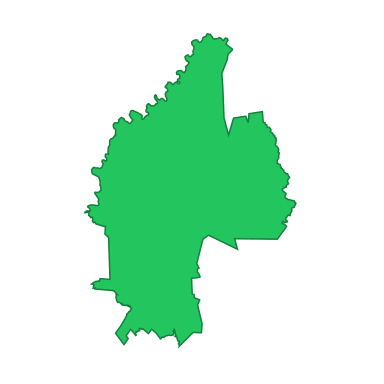 the district of Concordia, Sinaloa, Mexico, rotated 6°
{"feature_id": "50627088B76854514222016", "entity_name": "Concordia", "entity_type": "district", "adm_level": 2, "iso_a3": "MEX", "parent_name": "Mexico", "parent_adm1": "Sinaloa", "projection": "natural_earth1", "projection_center": [-106.025, 23.421], "detail": "fine", "context": "isolated", "style": "filled", "palette": "green", "viewbox_px": 384, "rotation_deg": 6, "n_neighbors": 0, "source": "geoboundaries", "source_scale": "gbopen_adm2", "svg_char_len": 6021}
<svg xmlns="http://www.w3.org/2000/svg" viewBox="0 0 384 384"><g transform="rotate(6 192 192)"><path d="M260.6,119.8L259.6,118.7L259.3,117.4L258.5,117.4L257.5,116.4L257.2,116.0L257.3,115.4L256.0,115.3L255.5,114.9L253.6,104.7L240.5,108.2L240.7,117.2L237.4,111.0L225.6,114.2L222.4,131.5L216.1,115.1L211.6,84.0L209.3,71.0L213.2,56.6L213.4,51.5L217.2,46.6L217.2,45.6L210.7,41.7L210.7,39.7L211.9,37.1L210.6,35.5L209.3,35.4L208.9,36.1L208.2,36.4L208.0,37.5L207.4,38.0L206.8,38.0L205.0,36.3L203.0,35.5L202.2,36.4L201.2,36.8L197.7,37.4L196.9,37.2L196.0,35.7L193.6,33.3L192.5,33.5L191.4,33.1L190.6,33.2L190.1,33.7L189.6,36.0L188.0,36.4L186.8,37.4L186.5,39.5L185.2,41.8L184.1,42.4L182.6,41.9L181.7,40.6L181.0,40.2L179.2,40.5L177.3,41.5L176.0,42.9L176.6,45.4L178.8,47.4L179.0,49.0L178.2,52.2L179.1,55.0L177.7,55.8L176.8,57.3L176.0,57.8L174.8,57.5L174.3,56.3L173.4,56.2L171.6,57.3L170.9,58.2L171.4,60.1L172.6,61.8L173.7,62.7L174.9,62.7L175.5,63.3L175.2,63.8L175.1,65.0L174.7,65.6L172.5,68.0L173.2,69.8L173.0,72.0L171.8,74.1L169.9,73.5L168.6,72.3L167.7,72.4L164.9,73.3L164.1,74.8L164.6,76.6L166.6,76.3L167.6,77.3L167.9,80.1L166.2,81.2L165.8,82.3L166.5,83.6L168.1,83.7L168.4,84.3L168.2,85.0L167.8,85.5L166.9,85.7L164.9,84.1L164.3,84.8L163.6,85.0L161.9,87.3L159.1,85.2L156.8,85.3L156.2,87.3L154.4,89.7L154.5,90.7L156.2,91.4L157.3,93.3L157.2,94.7L155.9,95.1L155.1,97.3L156.1,100.0L157.7,102.5L157.0,104.2L155.5,104.5L154.3,103.1L152.7,102.1L151.6,102.2L150.6,103.7L149.9,103.7L147.6,102.7L146.4,99.8L145.5,99.2L144.9,100.1L144.7,101.4L145.6,103.3L147.7,105.3L148.3,106.3L148.3,107.7L147.8,108.1L146.9,108.0L146.3,109.2L145.0,110.4L142.4,110.5L139.7,108.7L139.3,108.8L139.2,109.4L138.3,109.7L137.8,111.9L138.5,113.3L137.8,115.1L137.7,116.4L138.2,117.2L140.4,117.7L140.8,119.7L138.7,120.8L137.1,122.5L136.2,124.5L135.1,124.8L134.4,124.4L134.5,121.5L133.8,120.7L130.0,118.9L124.7,117.2L123.8,117.2L122.5,118.1L122.3,120.1L121.5,121.8L123.9,125.0L125.7,126.5L123.3,130.3L122.2,130.4L120.8,129.1L117.9,128.4L116.5,126.1L114.0,125.2L111.5,127.8L111.8,129.6L111.5,130.5L110.2,131.2L108.3,131.2L107.4,131.7L106.7,133.3L106.8,134.4L107.4,136.4L109.2,137.6L109.7,138.5L109.8,141.7L110.2,143.8L110.0,144.1L109.3,143.8L107.6,146.9L105.9,147.5L104.7,149.4L105.2,153.6L104.9,154.8L104.2,155.7L104.3,156.8L104.0,157.7L104.3,158.7L104.2,160.9L105.1,163.0L104.8,163.3L102.4,163.2L101.9,164.0L102.1,166.2L103.6,167.4L103.8,169.5L102.7,170.3L101.2,169.4L100.0,169.4L99.5,169.8L99.3,171.5L100.9,173.3L100.1,175.3L99.9,177.0L97.6,178.3L95.5,177.9L93.7,178.3L92.4,177.7L91.9,177.8L91.1,178.3L89.8,180.5L90.7,183.7L91.1,184.3L97.4,186.7L98.4,188.2L99.6,191.6L99.7,194.9L100.6,196.1L100.9,196.9L100.8,197.7L101.4,199.5L99.5,201.8L97.3,202.4L95.7,202.3L95.4,203.1L96.0,204.3L96.9,204.9L97.2,205.6L99.9,208.6L99.7,211.5L100.6,213.6L100.6,214.7L100.3,215.2L97.7,215.5L96.7,215.2L92.7,215.4L90.5,216.5L89.8,217.2L89.8,217.7L91.7,219.0L92.8,220.4L92.8,221.3L89.1,221.9L87.8,223.1L87.5,223.8L91.6,223.0L91.7,226.1L93.7,227.4L93.9,228.1L95.6,227.5L96.3,229.6L95.8,230.4L96.3,231.2L96.2,231.9L96.8,232.1L97.3,232.8L98.6,232.1L99.7,233.7L100.4,234.0L102.6,234.1L104.0,234.8L104.7,234.4L106.0,235.2L107.4,235.2L108.0,235.5L109.5,235.3L109.8,243.0L113.8,246.0L119.6,287.5L109.7,287.8L109.3,290.4L108.3,290.2L107.1,290.8L106.0,290.8L103.5,292.4L101.8,294.0L103.3,294.0L104.2,294.7L103.7,298.1L105.6,297.7L105.5,298.6L124.4,298.3L128.5,301.8L127.2,301.7L127.5,302.9L127.4,304.8L128.3,307.4L129.3,309.3L129.8,309.6L131.0,309.3L132.1,309.7L133.5,311.0L134.4,310.3L134.6,311.0L134.3,311.5L134.7,311.8L135.5,311.6L136.2,311.9L137.0,311.4L138.0,311.8L139.2,311.1L139.5,311.7L140.2,311.6L140.4,312.3L141.0,312.3L141.3,311.5L142.6,312.2L142.6,312.5L142.1,312.8L144.2,314.4L142.9,316.1L143.0,317.0L141.5,317.8L141.0,319.2L139.9,320.1L139.8,320.9L140.0,321.4L138.6,325.0L134.9,333.1L130.7,340.4L140.3,350.9L143.9,344.5L141.6,341.9L145.3,334.9L151.1,340.6L151.4,340.2L151.3,339.7L150.7,339.3L150.6,338.6L151.2,336.7L151.6,337.1L153.1,335.8L154.4,335.5L153.8,333.4L154.5,333.0L155.0,333.6L155.8,333.1L156.6,333.8L157.7,333.2L158.4,333.9L163.5,337.4L166.2,332.7L170.8,335.8L176.0,341.4L176.5,341.1L177.1,339.6L178.1,339.5L178.3,339.0L179.1,339.0L179.3,339.3L181.4,337.6L182.2,337.6L183.3,336.8L186.1,336.9L188.5,336.0L188.6,334.8L189.0,334.2L188.7,334.0L187.8,332.6L188.1,331.8L188.5,331.3L188.6,330.6L189.4,331.5L190.2,334.5L191.1,336.4L190.3,336.8L190.1,337.4L192.0,337.9L193.4,341.5L194.0,341.9L195.0,341.9L195.2,342.7L194.3,344.4L195.8,345.0L195.3,345.8L195.3,346.9L207.8,331.6L216.1,331.0L215.8,322.0L209.4,303.9L210.9,298.4L205.3,296.9L204.8,293.8L202.9,293.5L200.6,277.9L208.8,276.0L208.7,275.1L208.3,274.2L206.9,272.2L205.7,271.3L205.5,268.6L205.9,267.4L206.9,266.9L204.2,262.7L207.8,237.9L212.9,233.2L243.2,244.2L239.3,234.0L281.8,230.0L289.7,216.3L287.7,214.6L285.1,213.7L284.8,213.3L284.9,212.4L285.8,211.8L286.5,212.3L287.7,212.6L290.0,211.6L290.0,211.0L288.8,210.5L288.0,209.3L288.0,208.2L290.0,205.2L290.8,204.9L292.0,205.2L292.1,202.8L292.8,201.7L293.3,200.0L292.7,198.0L293.1,197.4L295.1,196.6L296.5,192.5L296.1,191.9L295.2,191.5L294.9,190.4L293.9,189.9L291.9,190.0L290.0,189.3L288.2,189.6L287.0,188.6L285.7,188.4L285.2,187.8L284.8,186.1L285.7,184.5L285.7,183.6L281.6,181.0L281.8,179.5L282.9,178.8L283.6,177.8L285.0,177.5L285.3,177.0L285.1,176.0L285.3,175.2L287.1,173.8L287.0,173.2L286.3,172.6L285.8,171.0L286.3,169.2L287.5,167.6L287.5,167.2L286.0,165.7L285.8,164.8L285.1,163.9L283.4,163.9L282.6,163.0L281.4,162.5L281.0,160.7L280.0,160.4L279.4,159.4L277.9,158.7L278.1,158.0L277.1,156.7L276.9,155.6L275.0,155.1L274.6,154.6L273.5,154.6L273.5,151.6L274.8,148.6L274.5,148.3L274.4,146.8L274.7,144.5L274.5,143.7L273.6,143.4L273.5,142.4L273.9,141.0L273.3,139.6L271.9,137.9L270.7,137.3L270.0,136.5L269.9,135.6L270.4,134.7L269.9,133.4L270.6,132.0L270.0,131.3L270.1,130.2L269.5,129.2L268.6,129.1L268.5,127.7L268.0,127.8L267.0,126.2L266.4,126.2L265.9,125.0L263.5,123.8L264.1,122.1L263.7,121.2L262.0,119.6L260.6,119.8Z" fill="#22c55e" stroke="#15803d" stroke-width="1.5"/></g></svg>